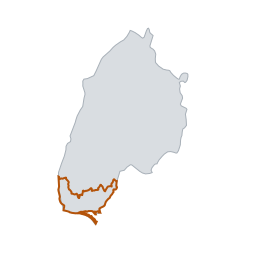 Klaipedos on a map of Lithuania (Robinson projection), rotated 285°
{"feature_id": "LTU-935", "entity_name": "Klaipedos", "entity_type": "County", "adm_level": 1, "iso_a3": "LTU", "parent_name": "Lithuania", "parent_adm1": "", "projection": "robinson", "projection_center": [21.636, 55.706], "detail": "fine", "context": "in_parent", "style": "outline", "palette": "amber", "viewbox_px": 256, "rotation_deg": 285, "n_neighbors": 0, "source": "natural_earth", "source_scale": "10m", "svg_char_len": 5169}
<svg xmlns="http://www.w3.org/2000/svg" viewBox="0 0 256 256"><g transform="rotate(285 128 128)"><path d="M91.2,162.9L89.7,160.7L88.2,156.8L88.3,153.6L89.2,150.5L93.3,141.2L93.1,139.8L90.0,137.2L86.2,135.3L84.1,131.4L76.4,131.2L69.2,131.4L66.9,131.2L60.1,129.6L53.4,127.0L49.0,125.4L45.3,123.7L43.3,121.9L40.1,122.4L38.0,122.4L38.0,122.1L36.8,118.9L38.1,114.1L35.8,106.9L32.0,98.4L31.8,89.2L31.5,87.2L40.8,82.0L52.4,76.5L55.0,76.0L65.7,72.7L67.2,72.4L76.8,73.0L84.4,73.8L90.8,73.7L94.3,72.9L97.5,73.6L100.0,76.0L102.7,75.7L105.3,74.1L119.6,75.6L122.8,75.6L126.4,75.8L133.2,77.3L137.0,78.7L145.5,77.8L149.1,77.8L151.0,77.2L156.8,73.5L159.3,72.9L161.6,72.2L163.8,72.8L165.2,76.0L169.7,81.4L174.4,82.4L187.5,84.5L190.2,85.6L197.6,90.5L202.1,92.8L204.9,94.7L209.3,98.4L211.9,101.1L216.1,103.2L221.0,104.6L222.8,104.8L222.7,106.7L222.0,110.1L220.5,114.4L218.9,117.7L218.6,119.0L219.9,120.1L226.3,120.6L229.1,121.1L229.7,122.0L228.3,123.2L226.3,124.1L225.4,125.0L223.8,128.3L213.1,127.9L211.7,128.5L211.1,130.0L210.6,131.8L209.3,133.8L206.5,135.7L202.0,136.4L198.4,137.6L195.8,141.5L193.9,146.7L194.0,150.4L194.3,152.4L194.1,153.6L192.8,154.9L190.6,158.3L188.9,162.0L188.2,164.0L188.6,165.0L190.6,165.0L193.7,165.8L195.3,167.3L195.9,169.0L196.0,170.9L195.4,171.9L193.1,172.6L189.3,172.7L187.1,171.8L186.6,171.1L187.6,169.3L186.8,167.0L185.2,165.8L182.1,167.7L179.1,167.7L175.5,169.3L173.2,172.0L170.9,173.0L164.7,172.4L163.2,173.6L162.1,179.0L161.3,180.1L156.2,179.9L151.2,182.0L145.7,183.8L142.8,182.6L141.2,181.2L138.1,181.4L134.8,182.0L132.6,181.7L130.0,181.9L125.2,182.9L119.1,182.6L116.5,181.7L116.2,180.8L116.4,178.7L116.3,175.4L115.3,172.5L112.3,169.9L109.3,168.2L105.3,166.3L102.4,165.5L100.9,165.3L100.5,164.2L99.9,163.3L98.5,162.5L95.7,161.4L93.2,161.2L91.2,162.9ZM28.3,121.8L26.3,121.4L30.3,116.4L31.8,113.1L32.9,108.5L33.8,107.0L33.8,109.1L33.4,112.6L30.9,118.6L28.3,121.8Z" fill="#d9dde1" stroke="#a8b0b8" stroke-width="1"/><path d="M31.8,87.0L33.1,86.8L35.1,86.8L36.5,86.5L37.0,85.7L37.3,84.5L37.9,83.1L38.7,82.1L39.9,81.2L41.2,80.4L42.3,80.0L43.8,80.0L44.4,79.8L46.6,78.6L49.2,77.2L50.4,76.7L53.5,76.6L55.3,76.0L63.1,73.4L63.0,73.9L62.5,74.1L61.3,74.6L61.1,74.8L61.0,75.1L61.0,75.4L61.2,75.6L61.5,75.8L61.8,76.1L62.0,76.4L62.0,77.4L62.1,77.8L62.2,78.2L62.6,78.5L62.8,78.8L63.8,80.4L63.9,80.8L63.9,81.0L63.6,81.1L63.2,81.2L62.9,81.3L62.7,81.4L62.5,81.9L62.2,82.2L62.1,82.4L61.7,83.1L60.8,84.4L60.6,84.6L60.2,84.8L58.5,84.7L58.1,84.8L57.8,85.0L57.4,85.3L57.1,85.5L56.8,85.6L55.5,85.6L55.1,85.8L53.4,86.9L53.2,87.8L52.0,89.5L51.7,89.8L51.4,90.0L50.6,90.1L50.1,90.4L50.0,90.6L50.0,90.9L50.1,91.2L50.2,91.4L50.0,93.2L50.0,93.6L50.2,94.0L50.3,94.3L51.0,95.0L51.2,95.5L51.0,95.8L50.6,96.1L50.4,96.3L48.5,97.5L48.0,97.9L47.8,98.2L47.7,98.4L47.6,98.6L47.7,98.9L49.2,99.0L49.5,98.9L49.9,98.8L50.6,98.3L50.8,98.6L50.8,98.9L50.8,99.1L51.2,99.6L51.5,99.8L51.6,100.0L51.6,100.4L51.4,100.6L51.3,100.8L51.4,101.1L51.7,101.1L52.1,101.1L52.5,101.0L54.2,101.0L55.0,100.8L55.5,100.7L55.8,100.9L55.9,101.0L55.8,101.3L55.8,101.5L55.7,101.8L55.7,102.0L55.6,102.5L56.3,103.3L56.4,103.5L56.5,103.7L56.6,104.4L56.8,104.6L57.1,104.9L57.2,105.1L57.3,105.4L58.3,106.5L60.1,107.6L60.3,108.0L60.2,108.3L60.0,108.5L59.8,108.7L58.0,109.3L58.0,109.7L58.5,110.0L58.9,111.7L59.1,112.0L59.6,112.4L59.7,112.7L60.4,114.9L60.8,115.2L61.2,115.2L61.8,114.8L62.1,114.7L62.4,114.9L63.1,115.3L64.5,115.8L65.7,116.0L65.9,116.1L66.0,116.2L66.0,116.6L65.4,116.8L65.2,118.0L64.9,118.4L64.5,118.8L63.9,119.1L61.3,121.3L61.0,121.9L61.0,122.2L61.5,122.4L62.5,122.5L65.8,123.5L66.2,123.8L66.4,124.0L66.8,125.0L67.3,125.9L67.4,126.1L67.4,126.4L67.2,127.1L67.3,127.3L67.6,127.3L68.1,127.1L68.7,126.7L68.9,126.6L69.8,126.5L70.2,126.5L70.5,126.7L71.2,127.1L71.5,127.2L71.9,127.3L72.6,127.2L72.9,127.2L73.2,127.3L73.5,127.4L73.8,127.4L74.1,127.3L74.7,127.6L74.8,128.1L74.6,128.3L74.4,128.6L74.2,129.1L73.8,129.7L73.8,130.0L73.8,130.9L73.1,130.9L69.4,131.6L68.9,131.9L68.5,132.3L67.9,132.7L67.1,132.7L66.2,132.5L65.4,132.0L65.1,131.3L65.1,130.6L65.0,130.1L64.5,129.9L63.6,130.0L62.7,130.5L62.4,130.6L62.1,130.5L61.3,130.1L60.0,129.8L59.4,129.5L58.2,128.8L55.8,128.4L55.2,128.0L54.6,127.4L52.1,126.1L50.7,125.6L47.2,125.5L46.0,124.7L43.8,122.1L42.8,121.3L41.9,121.4L39.1,123.1L39.1,122.9L39.0,121.9L38.9,121.6L39.2,121.4L39.4,121.4L39.7,121.4L39.9,121.0L39.8,120.6L39.6,120.1L39.3,119.7L39.1,119.5L38.8,119.3L38.7,118.8L38.7,117.8L38.3,117.8L36.3,119.2L36.2,118.8L36.1,118.7L37.6,116.5L37.9,116.2L38.4,115.7L38.4,114.6L38.0,112.9L37.6,111.6L37.5,111.2L37.4,111.1L37.1,110.8L36.7,110.5L36.6,110.0L36.6,109.5L36.7,109.2L36.7,108.8L36.6,108.4L35.3,105.9L35.0,105.1L35.0,104.3L34.7,103.9L33.3,102.1L33.0,101.8L32.7,101.7L32.5,101.4L32.3,100.3L32.0,99.4L31.5,95.7L31.5,93.8L31.5,93.3L31.9,92.7L31.9,92.3L31.9,88.6L31.8,87.0ZM29.4,122.0L27.2,121.6L29.8,118.4L31.3,115.8L32.7,112.2L33.1,108.5L33.3,107.8L33.1,107.6L33.3,107.2L33.0,106.3L33.1,103.5L32.8,102.3L33.9,103.4L34.4,105.3L34.5,109.1L34.4,109.7L34.1,110.4L34.0,110.9L34.0,112.6L33.6,113.3L33.0,114.0L32.8,114.7L33.5,115.3L33.5,115.5L33.0,116.0L32.4,116.8L31.8,117.8L31.6,118.7L31.1,119.6L29.4,121.2L29.4,122.0Z" fill="none" stroke="#b45309" stroke-width="2"/></g></svg>